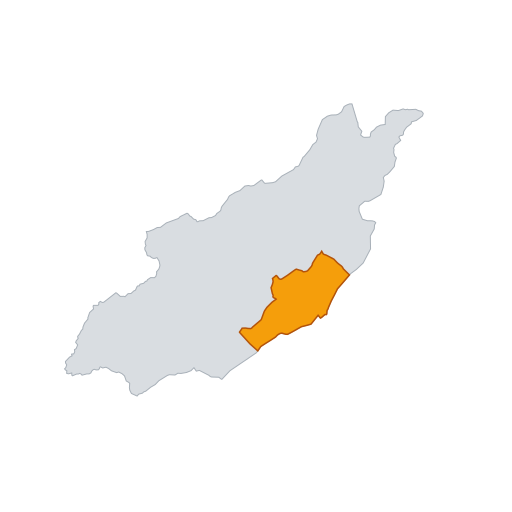 where Ömnögovi sits in Mongolia, rotated 319°
{"feature_id": "MNG-3298", "entity_name": "Ömnögovi", "entity_type": "Province", "adm_level": 1, "iso_a3": "MNG", "parent_name": "Mongolia", "parent_adm1": "", "projection": "robinson", "projection_center": [104.196, 43.387], "detail": "fine", "context": "in_parent", "style": "filled", "palette": "amber", "viewbox_px": 512, "rotation_deg": 319, "n_neighbors": 0, "source": "natural_earth", "source_scale": "10m", "svg_char_len": 5571}
<svg xmlns="http://www.w3.org/2000/svg" viewBox="0 0 512 512"><g transform="rotate(319 256 256)"><path d="M37.5,215.6L39.1,215.5L41.7,214.0L42.1,211.8L43.0,210.6L49.0,210.0L51.7,210.7L52.2,209.3L52.7,209.1L54.1,210.3L55.5,209.8L56.5,209.2L57.5,207.6L59.5,207.9L63.1,206.1L63.2,202.9L64.6,202.1L67.8,201.5L68.3,200.0L69.0,199.6L71.4,199.2L75.4,197.6L77.3,197.5L78.8,196.1L82.5,194.2L87.9,193.3L88.4,192.4L93.4,189.5L98.6,189.4L100.2,186.9L101.0,186.7L104.4,189.6L105.9,189.2L106.6,188.1L108.7,188.1L109.5,190.2L110.7,191.0L126.1,191.8L126.5,192.6L127.1,197.5L129.8,199.7L130.4,200.8L134.7,200.5L137.1,202.3L140.8,202.2L142.6,202.7L146.3,201.0L147.1,201.0L148.2,201.9L150.0,201.2L153.3,202.9L155.9,202.6L157.1,203.3L158.6,202.7L162.3,203.2L165.2,205.8L167.3,205.6L169.8,203.9L170.5,202.7L174.1,202.1L176.1,201.0L177.5,199.9L179.6,196.1L180.2,192.2L178.4,191.6L176.9,190.4L176.0,188.3L176.0,186.8L174.3,184.6L174.5,183.5L175.6,181.6L176.2,178.5L177.5,176.8L179.9,175.9L180.2,174.6L181.8,172.3L185.7,170.9L188.0,168.3L189.3,165.6L191.1,167.0L196.0,168.8L200.1,169.7L202.7,171.7L210.0,172.2L222.1,176.8L224.6,176.5L231.8,178.4L232.4,179.1L232.3,182.6L232.9,183.5L233.1,187.2L234.4,189.1L234.0,191.4L234.7,192.0L236.4,192.4L239.3,194.7L245.7,196.3L247.6,197.8L252.0,198.9L254.3,198.2L258.1,198.6L259.4,198.4L261.8,196.6L263.3,196.1L271.7,194.6L274.0,193.5L275.6,193.2L282.2,194.4L286.8,196.1L293.5,195.9L296.6,197.9L298.0,199.8L300.6,201.4L309.8,202.1L310.3,202.5L310.2,206.5L310.6,207.2L316.7,211.6L319.5,212.8L327.9,212.6L341.0,215.4L344.1,214.6L346.9,216.0L348.0,215.9L356.3,212.3L357.6,212.5L366.4,211.1L371.9,209.2L376.1,209.4L379.4,207.8L380.8,204.7L386.1,201.1L395.6,196.6L401.6,197.3L405.2,198.9L409.1,202.1L411.2,203.0L415.2,203.3L420.6,201.0L423.6,201.6L426.4,202.6L428.2,204.2L420.5,221.1L420.4,222.1L417.9,225.6L417.7,231.3L414.3,233.3L414.9,236.5L415.8,237.7L419.8,240.9L421.1,240.5L422.2,239.2L424.2,238.0L428.1,238.3L431.5,237.8L435.8,238.9L439.8,241.5L445.1,235.7L450.2,235.0L455.1,235.8L458.9,239.7L463.5,241.5L464.8,243.7L466.6,244.6L467.1,245.7L472.8,250.1L474.1,253.1L475.8,255.1L475.9,257.3L475.6,258.3L473.5,259.5L465.9,258.9L461.4,256.8L459.8,258.0L454.1,257.6L450.8,258.4L448.7,259.2L447.4,260.6L446.5,261.0L445.5,260.9L443.7,259.8L442.2,259.8L441.8,260.1L441.0,263.7L436.1,263.7L434.4,263.2L430.5,264.9L429.9,266.3L427.8,268.2L426.1,271.8L426.5,273.4L426.0,274.3L422.5,276.3L419.1,279.2L412.0,280.3L408.6,280.5L406.1,279.8L403.6,280.3L401.8,283.6L397.3,287.5L390.6,291.5L378.2,289.1L376.7,288.5L374.0,286.0L366.9,285.9L364.9,287.6L363.1,290.0L360.4,298.0L363.3,302.6L366.7,305.6L368.1,307.7L368.2,309.5L365.9,310.3L362.9,313.2L355.4,315.9L347.1,325.8L332.3,331.6L323.1,332.0L315.8,331.4L296.0,334.2L283.3,339.3L273.8,343.8L271.8,345.9L270.8,346.3L269.1,345.4L263.9,345.2L263.9,341.4L252.8,343.5L243.7,339.1L230.8,336.5L228.2,335.5L223.8,330.5L221.5,329.9L215.8,329.6L200.2,327.4L192.9,329.3L161.1,325.5L149.4,326.7L149.0,326.2L148.4,323.1L143.1,318.2L142.4,317.0L142.2,315.2L138.2,305.2L135.4,303.7L135.9,299.6L131.7,299.9L127.1,298.3L122.3,295.4L120.1,293.2L116.8,292.7L112.8,288.8L110.8,288.0L100.8,286.4L95.7,286.9L90.3,285.9L84.1,285.7L82.1,284.9L80.3,285.0L76.8,283.3L74.4,283.7L71.8,278.0L72.7,274.5L74.0,272.4L77.1,269.3L77.1,268.1L76.1,265.2L78.1,260.2L77.7,257.0L76.3,253.5L74.3,252.6L71.6,247.8L70.9,244.1L69.8,241.5L66.8,239.9L65.9,237.6L65.0,237.5L64.2,238.2L62.4,238.5L60.6,237.1L59.7,235.5L58.6,235.0L56.5,235.1L54.7,235.9L52.7,235.5L51.0,234.0L46.5,231.8L46.5,230.1L45.9,228.9L44.6,228.6L43.2,227.4L38.9,226.0L38.8,225.2L40.2,223.4L37.2,221.9L36.1,220.4L38.0,218.4L37.4,217.0L37.5,215.6Z" fill="#d9dde1" stroke="#a8b0b8" stroke-width="1"/><path d="M217.6,330.0L211.9,329.2L206.3,328.3L200.7,327.5L200.0,327.5L195.1,328.8L193.8,318.3L193.5,303.9L193.5,302.8L193.6,302.6L198.0,301.5L198.1,301.4L198.3,301.5L198.5,301.6L200.9,303.6L202.4,305.4L204.4,307.3L205.4,307.6L206.6,307.4L217.4,307.5L217.8,307.5L218.5,307.3L225.4,303.5L226.5,303.0L230.6,301.9L237.7,301.4L242.9,301.8L242.9,301.5L242.8,301.0L241.9,298.9L241.9,298.3L242.1,297.8L242.8,297.3L243.0,297.0L243.3,296.5L243.5,295.7L243.7,295.1L246.2,290.5L246.6,289.8L249.4,288.4L251.8,286.8L252.2,286.4L252.5,286.0L253.5,284.4L253.6,284.1L253.7,283.8L258.3,283.9L258.6,284.2L258.7,284.4L258.7,284.5L258.6,284.9L258.6,285.1L258.7,285.7L258.7,285.9L258.7,286.0L258.5,286.3L258.5,286.5L258.5,286.9L258.6,287.1L258.6,287.4L258.5,287.8L258.5,288.0L258.5,288.3L259.0,289.3L259.4,289.7L259.7,290.0L260.7,290.3L266.9,291.2L272.7,291.7L276.7,292.1L277.5,292.3L277.8,292.4L279.6,295.3L280.5,296.5L280.9,297.2L281.1,297.6L281.1,297.9L281.1,298.3L281.3,298.7L281.5,299.1L282.7,299.9L283.7,300.5L284.8,300.9L285.3,301.0L289.6,300.4L290.9,300.2L291.5,300.0L292.5,299.6L293.7,298.7L294.7,298.3L302.7,295.8L303.1,295.8L303.8,295.9L304.8,296.3L305.0,296.4L306.4,296.2L308.7,295.5L308.2,298.0L308.1,298.6L308.2,298.9L308.3,299.3L309.6,301.5L312.7,309.5L312.8,312.1L312.9,314.2L313.1,315.8L313.8,319.2L313.9,319.8L313.9,320.5L313.9,321.3L313.7,322.1L313.5,322.8L313.5,323.3L314.1,331.6L308.1,332.5L302.0,333.4L296.0,334.2L289.7,336.8L283.3,339.3L277.7,342.0L276.7,342.5L276.1,342.9L275.9,343.0L275.7,343.1L274.9,343.5L274.1,343.6L273.9,343.7L271.3,346.2L270.7,346.4L270.1,345.8L269.8,345.5L269.5,345.4L265.4,345.4L264.0,345.2L263.9,345.0L264.0,341.5L258.4,342.5L252.9,343.5L252.5,343.4L248.3,341.4L244.2,339.3L243.7,339.1L238.8,338.1L233.9,337.1L229.0,336.0L228.2,335.6L227.0,334.4L224.9,331.2L223.5,330.3L221.9,329.9L220.3,329.7L217.6,330.0Z" fill="#f59e0b" stroke="#b45309" stroke-width="1.5"/></g></svg>